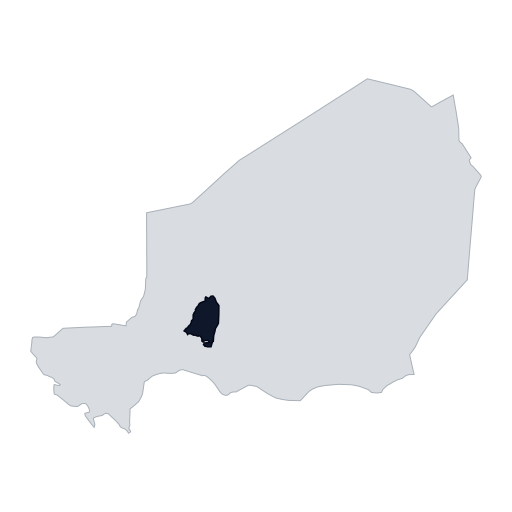 Abalak, Tahoua, Niger shown in context
{"feature_id": "23599985B73397103622086", "entity_name": "Abalak", "entity_type": "district", "adm_level": 2, "iso_a3": "NER", "parent_name": "Niger", "parent_adm1": "Tahoua", "projection": "mercator", "projection_center": [6.168, 15.504], "detail": "fine", "context": "in_parent", "style": "filled", "palette": "ink", "viewbox_px": 512, "rotation_deg": 0, "n_neighbors": 0, "source": "geoboundaries", "source_scale": "gbopen_adm2", "svg_char_len": 3955}
<svg xmlns="http://www.w3.org/2000/svg" viewBox="0 0 512 512"><path d="M414.1,374.5L409.0,374.6L406.0,375.5L402.3,378.4L398.2,379.5L393.1,382.0L389.9,384.0L386.9,385.6L382.8,389.5L381.5,392.4L377.4,393.0L371.6,392.5L368.0,389.5L359.5,386.4L354.0,385.2L351.5,384.8L338.6,384.3L324.8,385.5L317.8,386.9L316.5,387.3L312.5,389.1L309.2,391.2L300.3,400.7L288.5,400.4L281.5,399.3L275.6,397.9L267.2,393.4L256.9,386.6L252.9,385.7L249.4,385.2L248.2,385.3L235.9,392.0L233.5,391.9L230.6,392.6L228.7,394.3L227.3,395.2L225.8,395.3L223.9,394.9L222.0,393.9L220.1,392.0L215.0,384.5L214.0,383.2L211.8,380.9L208.2,377.5L205.7,375.9L204.2,375.4L202.4,375.7L192.5,372.7L182.7,369.6L180.5,370.0L178.9,370.6L175.5,373.0L171.5,373.4L166.4,373.2L163.6,372.9L159.1,373.7L156.1,374.6L152.1,376.2L147.0,380.5L145.6,381.0L144.3,381.8L142.6,393.5L141.2,397.1L138.6,401.7L133.5,406.2L130.0,408.9L130.0,412.6L129.7,418.5L129.6,422.6L129.9,425.2L129.3,426.5L129.0,427.7L129.2,429.4L130.1,430.2L130.6,431.3L130.2,432.2L128.6,433.2L126.8,430.6L124.4,428.7L121.9,427.9L120.1,426.5L119.2,424.6L115.9,420.9L108.1,413.6L107.3,413.5L106.0,413.2L103.9,414.1L102.5,415.3L101.6,415.7L100.1,415.8L96.5,416.7L93.5,417.9L93.4,418.9L94.9,424.4L94.2,427.4L92.9,425.9L88.6,420.4L85.7,416.3L85.2,415.4L84.7,413.9L85.0,413.3L86.2,412.9L88.9,412.3L89.4,411.9L89.5,410.8L89.1,408.7L87.6,405.8L86.1,403.9L85.2,403.5L83.6,403.5L81.8,403.7L78.5,406.0L77.1,406.5L73.7,406.3L70.7,405.8L68.8,404.6L63.4,400.0L57.3,395.1L54.8,394.4L54.2,393.9L53.8,390.2L53.9,385.7L54.2,384.5L56.8,385.2L59.4,385.5L60.3,384.7L58.2,383.1L55.1,381.5L53.9,379.0L53.0,378.1L51.7,377.3L50.1,376.8L48.5,376.1L47.4,375.4L45.6,375.1L43.7,374.5L40.9,370.5L38.3,366.7L36.7,363.6L36.2,361.7L37.0,358.6L36.2,357.4L33.2,354.2L30.7,351.2L31.3,346.6L31.8,342.8L31.9,340.4L32.2,339.0L32.6,337.5L34.2,337.0L38.4,337.0L46.5,337.7L53.1,336.9L53.4,336.8L58.0,332.7L63.1,328.3L70.8,327.9L79.1,327.5L85.6,327.2L95.1,326.9L102.7,326.6L111.6,326.3L111.9,324.3L112.4,323.8L113.3,323.8L119.8,324.8L126.0,325.9L126.4,322.1L131.8,317.4L134.9,316.4L135.6,315.6L136.6,314.0L137.2,311.6L137.5,309.8L138.6,308.4L139.4,305.7L140.5,301.1L143.6,296.2L145.3,289.5L145.6,283.1L145.9,278.2L146.8,277.2L146.8,268.4L146.8,259.7L146.7,252.2L146.7,243.0L146.7,234.8L146.6,226.0L146.6,218.0L146.6,212.8L152.8,211.5L159.3,210.2L168.7,208.3L178.9,206.2L190.0,204.0L192.5,202.6L200.9,194.9L204.7,191.5L212.2,184.6L218.0,179.3L225.4,172.5L233.2,165.7L239.4,160.2L249.2,154.1L264.0,144.7L278.7,135.4L293.5,126.0L308.3,116.6L323.0,107.2L337.8,97.7L352.6,88.3L367.3,78.8L382.2,82.4L396.3,85.8L410.5,89.3L413.8,91.1L421.4,97.9L431.0,106.5L431.4,106.6L431.9,106.7L441.1,101.6L453.2,95.0L456.3,112.8L458.7,128.1L458.9,137.8L459.0,140.4L460.0,142.1L462.2,143.8L471.1,157.8L469.2,160.2L470.6,164.5L472.9,166.4L480.3,174.7L481.3,176.3L480.9,177.6L475.7,187.3L474.8,189.7L473.7,202.1L473.0,210.8L472.0,222.8L470.8,237.0L469.8,249.0L468.5,264.8L467.3,279.8L459.9,287.9L446.6,302.4L435.8,314.2L430.4,322.1L419.8,337.4L415.1,347.3L411.4,352.4L409.6,354.6L411.2,361.9L414.1,374.5Z" fill="#d9dde1" stroke="#a8b0b8" stroke-width="1"/><path d="M187.6,334.5L188.3,333.8L190.6,333.6L193.5,335.2L195.5,335.2L196.4,335.7L198.1,336.2L198.6,335.7L200.1,336.1L201.6,337.8L201.9,339.2L201.9,341.0L202.6,341.8L203.6,342.0L204.0,340.8L204.6,340.5L208.0,340.4L209.7,342.5L204.4,343.0L203.5,344.6L205.0,346.3L206.5,346.4L207.4,346.8L211.0,346.8L212.6,341.4L213.3,341.4L213.7,335.6L214.9,331.4L215.4,328.6L217.3,325.4L218.4,323.3L218.8,314.8L218.9,305.6L217.2,303.2L216.4,302.4L214.9,298.2L213.0,296.0L212.3,296.1L211.0,296.2L209.3,298.1L208.0,298.2L205.9,296.9L205.2,298.0L205.2,299.9L205.6,300.9L202.6,301.9L200.4,302.8L199.2,303.7L197.7,306.5L196.9,307.0L195.4,309.5L195.5,311.1L194.2,312.6L193.2,314.8L193.1,319.4L191.6,320.6L191.1,322.9L190.2,324.7L188.7,326.0L188.0,326.8L187.9,327.6L187.1,328.2L186.3,328.2L184.1,330.9L186.6,332.4L187.6,334.5Z" fill="#0f172a" stroke="#020617" stroke-width="1.5"/></svg>